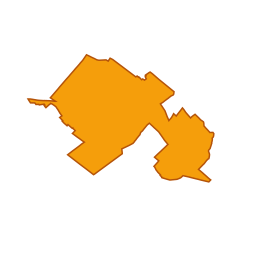 the district of Chiautla, México, Mexico, rotated 307°
{"feature_id": "50627088B23878207605719", "entity_name": "Chiautla", "entity_type": "district", "adm_level": 2, "iso_a3": "MEX", "parent_name": "Mexico", "parent_adm1": "México", "projection": "natural_earth1", "projection_center": [-98.884, 19.571], "detail": "fine", "context": "isolated", "style": "filled", "palette": "amber", "viewbox_px": 256, "rotation_deg": 307, "n_neighbors": 0, "source": "geoboundaries", "source_scale": "gbopen_adm2", "svg_char_len": 5046}
<svg xmlns="http://www.w3.org/2000/svg" viewBox="0 0 256 256"><g transform="rotate(307 128 128)"><path d="M91.0,30.7L90.4,32.2L89.7,34.1L89.4,35.0L91.2,37.5L91.9,38.5L91.7,39.4L91.4,40.3L91.5,40.4L92.5,41.7L93.2,42.5L93.1,42.8L93.0,43.2L95.0,45.1L95.9,46.0L96.6,46.7L96.3,47.8L96.2,47.9L95.6,47.4L95.4,48.0L95.3,48.3L95.1,48.8L95.0,49.4L94.9,49.7L94.8,50.2L95.0,50.3L95.9,50.3L96.7,50.6L97.6,50.7L98.2,50.8L98.7,50.9L99.4,51.1L99.9,51.3L100.6,51.4L100.9,51.4L101.1,51.4L101.5,53.2L101.5,53.3L101.6,54.9L101.6,55.5L101.6,57.2L101.6,57.6L101.0,59.3L100.5,60.8L100.1,61.9L99.3,63.8L99.0,64.3L98.9,64.8L98.8,65.1L97.9,67.9L95.3,67.1L94.9,69.5L94.5,71.5L93.9,71.3L93.6,72.8L93.4,74.0L93.3,74.9L93.3,75.2L93.3,75.7L93.1,78.0L94.6,78.0L94.5,79.2L94.3,81.6L94.2,83.4L94.2,83.7L94.7,83.9L94.6,84.0L94.1,87.4L90.8,87.0L90.2,86.9L90.2,89.8L90.2,92.7L90.3,95.7L90.3,98.6L90.4,101.6L89.9,101.4L89.0,101.2L88.2,100.9L86.5,100.4L85.9,100.3L84.7,100.0L80.2,98.7L76.9,97.7L70.3,95.9L70.2,103.4L70.2,103.5L70.1,111.4L70.1,111.5L70.1,115.7L70.1,117.3L70.1,118.0L70.1,120.2L70.1,120.3L70.0,128.6L71.3,129.1L72.6,129.5L73.0,129.6L77.1,130.8L80.4,131.8L104.0,138.9L104.6,138.4L107.6,135.6L114.8,139.4L116.3,140.1L117.0,140.4L118.3,141.0L118.6,141.2L121.2,141.4L121.3,141.3L121.5,141.2L122.4,141.3L123.4,141.4L123.7,141.4L124.6,141.3L129.5,141.5L129.8,141.6L130.2,141.4L132.1,140.8L134.2,141.2L134.3,141.3L136.7,141.3L139.1,141.4L139.3,141.4L141.7,141.5L142.0,141.5L144.4,142.1L144.7,142.2L144.6,142.6L144.6,143.4L144.4,144.8L144.3,146.2L143.9,149.3L143.9,149.9L143.8,150.7L143.6,152.5L143.6,153.0L143.3,155.1L143.1,155.7L142.4,157.8L142.2,158.5L140.7,163.1L140.2,164.4L139.2,168.7L139.1,169.0L138.9,169.8L138.5,169.7L136.6,169.4L135.8,169.3L133.5,168.9L132.3,168.7L131.3,168.5L129.2,168.2L128.8,168.1L126.0,167.6L125.5,167.5L125.4,167.5L124.9,167.4L121.0,166.8L120.8,166.7L120.6,166.7L120.3,172.3L119.0,172.3L118.6,172.3L117.6,172.2L116.3,172.1L115.1,172.0L113.9,171.9L113.0,171.8L112.9,172.3L112.9,172.5L112.7,173.1L112.6,173.4L112.4,173.7L112.1,174.4L111.7,175.1L111.5,175.4L111.1,176.9L110.7,178.3L110.6,178.5L110.5,179.5L110.4,179.9L110.1,182.1L109.5,182.2L109.4,183.0L109.3,183.8L109.1,184.9L108.7,184.9L108.7,185.0L109.0,185.8L109.3,186.6L109.7,187.7L110.6,190.1L111.7,192.8L116.5,198.0L118.4,199.2L119.2,199.6L119.5,199.8L119.8,200.0L120.3,200.1L121.7,200.4L122.6,200.5L123.0,200.6L124.8,204.5L125.7,206.5L126.0,207.3L127.1,209.9L128.2,212.5L129.3,215.0L130.3,217.5L131.4,220.0L132.5,222.5L133.6,225.0L136.3,225.3L136.3,224.2L136.4,222.7L136.4,222.3L136.5,221.5L136.5,221.3L136.5,220.8L136.6,220.6L136.9,216.5L136.9,216.3L136.9,216.0L136.9,215.9L136.9,215.7L137.0,215.6L137.3,210.8L137.3,210.5L137.4,209.3L137.4,209.2L140.5,209.6L141.4,209.7L141.8,209.7L142.0,209.8L143.6,210.0L143.8,210.0L145.3,210.3L145.6,210.3L147.0,210.3L147.5,210.3L148.1,210.3L149.4,210.3L149.7,210.4L151.0,210.5L152.2,211.0L153.8,210.3L154.9,209.7L156.1,208.9L157.3,207.2L157.7,206.6L158.0,206.2L158.7,205.8L161.0,205.9L162.4,205.4L163.9,204.9L164.7,204.6L166.1,204.1L166.4,204.0L166.6,203.6L167.0,203.5L167.8,203.2L169.4,202.4L170.5,201.4L172.0,201.5L173.1,201.2L174.2,200.5L175.1,200.0L175.3,199.4L175.6,198.5L173.7,196.1L174.0,194.5L174.4,192.5L174.8,190.1L174.9,189.4L175.0,189.2L175.2,188.3L175.2,187.8L175.3,187.6L176.3,186.6L177.5,185.6L178.3,184.6L178.3,184.0L178.3,182.8L178.2,181.7L178.3,180.5L178.6,179.0L179.3,173.3L178.6,173.1L177.1,172.6L175.9,172.3L175.7,172.2L175.4,172.2L173.9,171.9L173.7,171.9L174.2,169.4L175.2,164.7L175.8,163.0L175.8,162.9L176.3,161.6L176.8,159.4L174.0,159.4L167.9,159.3L166.6,159.3L166.9,155.8L165.3,156.1L163.0,156.4L161.8,156.4L161.2,156.4L160.6,156.3L158.5,156.2L159.8,154.0L161.0,151.8L161.2,151.6L163.4,148.1L164.0,147.1L164.1,146.8L165.6,142.6L166.1,141.2L166.6,139.7L166.8,139.3L167.1,139.4L169.1,140.3L170.6,140.7L171.5,140.9L174.9,141.9L175.5,142.1L176.6,142.4L177.3,142.5L177.8,142.7L178.1,142.8L178.7,142.9L179.3,143.1L179.6,143.2L180.0,143.4L181.1,144.0L181.5,144.2L182.1,144.2L182.6,144.1L184.7,142.9L184.7,142.6L185.4,123.5L185.4,123.4L186.0,115.0L186.0,112.0L185.5,111.7L184.7,111.4L183.4,111.0L182.0,110.5L180.6,110.1L180.5,111.1L179.3,110.9L178.3,113.0L177.7,112.8L177.1,112.6L176.2,112.4L176.0,110.2L174.8,109.9L175.0,108.0L175.1,107.9L175.3,105.9L174.8,105.8L175.0,104.0L173.5,103.5L173.5,100.9L173.5,98.3L173.5,95.6L173.5,93.0L173.5,90.4L173.5,87.7L173.5,85.1L173.5,82.5L173.5,79.8L173.5,77.2L173.5,74.6L173.0,71.7L169.5,71.9L169.2,69.5L167.7,67.7L166.1,65.8L164.6,64.0L164.2,63.2L163.7,62.0L163.2,59.2L162.6,56.4L162.1,53.6L161.5,50.8L159.3,50.9L157.0,51.0L154.7,51.1L150.9,50.8L150.1,50.8L146.9,50.6L143.7,50.3L141.2,50.2L138.6,50.0L136.1,49.8L133.7,49.7L131.4,49.5L129.0,49.3L125.9,49.1L122.8,48.9L119.9,48.7L117.1,48.6L114.2,48.4L111.2,48.2L108.3,48.0L105.4,47.8L105.6,53.2L105.7,54.0L105.5,53.8L105.1,53.2L103.4,50.2L102.7,49.2L101.9,48.0L100.7,46.3L99.5,44.6L99.4,44.6L97.4,41.6L96.0,39.4L95.2,37.9L93.4,34.4L92.9,33.5L92.8,33.4L92.5,32.7L91.4,31.2L91.0,30.7Z" fill="#f59e0b" stroke="#b45309" stroke-width="1.5"/></g></svg>